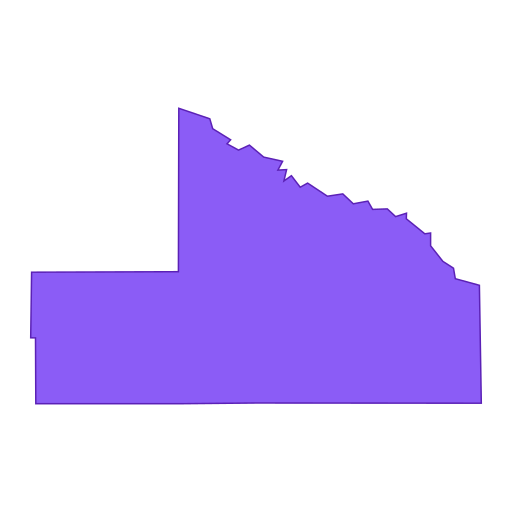 outline of Brown, Minnesota, United States of America
{"feature_id": "52423323B40765245365821", "entity_name": "Brown", "entity_type": "district", "adm_level": 2, "iso_a3": "USA", "parent_name": "United States of America", "parent_adm1": "Minnesota", "projection": "robinson", "projection_center": [-94.665, 44.303], "detail": "fine", "context": "isolated", "style": "filled", "palette": "violet", "viewbox_px": 512, "rotation_deg": 0, "n_neighbors": 0, "source": "geoboundaries", "source_scale": "gbopen_adm2", "svg_char_len": 608}
<svg xmlns="http://www.w3.org/2000/svg" viewBox="0 0 512 512"><path d="M481.3,403.2L479.4,285.3L455.3,278.7L453.5,268.2L442.9,261.4L430.6,245.8L430.6,233.0L424.8,233.8L406.3,218.8L406.5,213.2L395.6,216.6L387.3,208.9L372.6,209.4L367.9,201.1L353.3,203.8L342.8,193.9L327.4,196.2L307.6,183.1L300.2,187.2L291.4,175.7L283.9,181.0L286.6,169.6L277.9,170.1L282.6,161.3L263.7,157.1L249.4,145.1L238.5,150.1L227.0,143.8L230.6,139.8L212.7,128.7L209.8,118.8L178.8,108.3L178.4,271.7L31.6,272.2L30.7,337.8L35.5,337.9L35.8,403.7L182.2,403.7L256.2,403.0L481.3,403.2Z" fill="#8b5cf6" stroke="#5b21b6" stroke-width="1.5"/></svg>